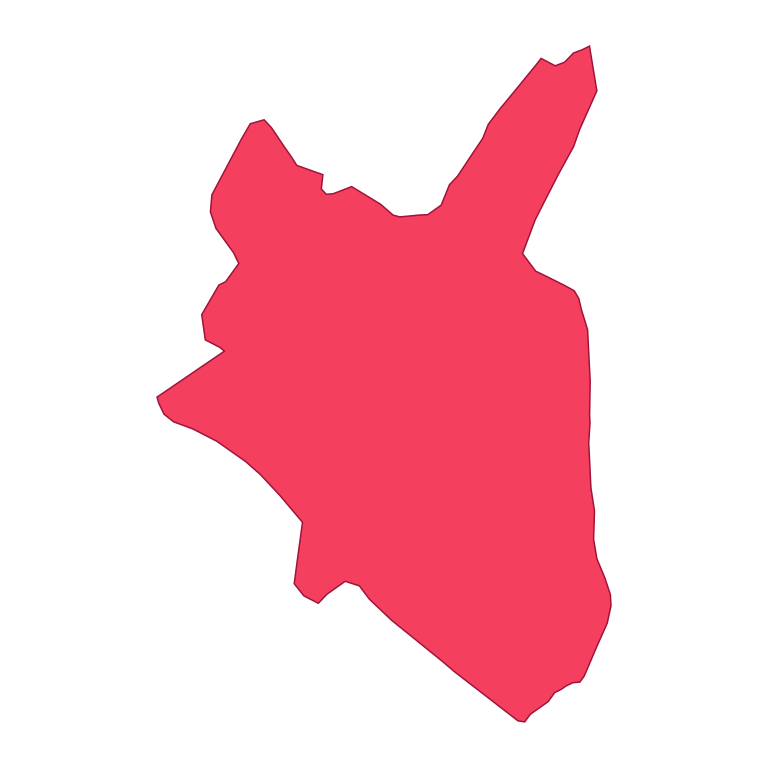 Farshut, Qina, Egypt (Equal Earth projection)
{"feature_id": "37247803B34364320668484", "entity_name": "Farshut", "entity_type": "district", "adm_level": 2, "iso_a3": "EGY", "parent_name": "Egypt", "parent_adm1": "Qina", "projection": "equal_earth", "projection_center": [32.162, 26.057], "detail": "fine", "context": "isolated", "style": "filled", "palette": "rose", "viewbox_px": 768, "rotation_deg": 0, "n_neighbors": 0, "source": "geoboundaries", "source_scale": "gbopen_adm2", "svg_char_len": 1667}
<svg xmlns="http://www.w3.org/2000/svg" viewBox="0 0 768 768"><path d="M157.0,397.1L158.8,403.3L164.0,414.2L173.7,421.9L192.7,428.9L216.7,441.2L245.7,461.6L257.0,471.6L260.4,474.6L280.1,495.7L302.5,522.3L297.4,559.6L294.2,583.7L303.9,595.9L318.3,603.3L327.1,594.1L345.2,581.3L359.4,585.9L369.4,599.2L391.5,620.2L442.5,661.5L454.7,671.9L517.9,720.8L524.7,721.9L530.2,714.4L533.2,712.2L539.2,708.0L548.2,701.6L554.7,692.6L561.5,689.2L566.0,686.0L572.9,682.7L579.8,682.1L584.2,676.1L590.5,661.4L596.7,646.8L607.2,623.3L611.0,605.9L610.4,594.6L604.9,578.0L596.9,558.8L593.6,539.2L594.5,510.8L591.0,488.4L590.8,485.5L589.1,450.2L588.7,443.2L590.0,423.2L589.6,414.7L590.2,380.6L589.0,358.1L587.6,329.8L581.3,309.2L578.9,298.8L574.3,290.9L572.3,289.7L563.7,285.0L552.1,279.2L537.5,272.0L535.8,271.3L522.5,253.6L527.8,239.5L531.8,228.8L535.3,219.6L544.6,201.2L545.5,199.5L558.4,174.3L573.6,146.6L578.6,132.5L579.8,129.1L596.9,90.8L596.3,87.6L589.5,46.1L582.7,49.5L573.5,53.0L564.6,62.2L555.2,65.8L541.1,58.4L536.6,64.2L533.2,68.4L528.9,73.6L520.1,84.4L515.7,89.8L507.1,100.2L505.8,101.8L500.8,107.7L494.5,116.1L488.4,124.1L485.5,131.3L483.0,137.7L481.9,139.6L479.0,143.9L473.6,151.9L457.6,176.1L449.5,184.6L441.2,205.1L427.7,214.7L419.9,215.0L399.8,216.9L393.1,215.1L380.5,204.2L351.6,186.6L334.8,193.1L333.2,193.7L326.3,194.3L321.3,189.0L322.9,174.7L313.0,171.2L296.8,165.4L291.7,157.3L284.1,146.5L271.5,127.7L264.1,119.8L250.3,123.7L241.7,138.5L211.9,194.8L210.4,211.9L213.5,221.1L216.0,228.5L233.5,252.6L238.8,263.5L225.7,281.6L218.9,285.0L210.3,299.8L201.7,314.7L205.3,339.9L219.7,347.3L224.4,351.1L157.0,397.1Z" fill="#f43f5e" stroke="#9f1239" stroke-width="1.5"/></svg>